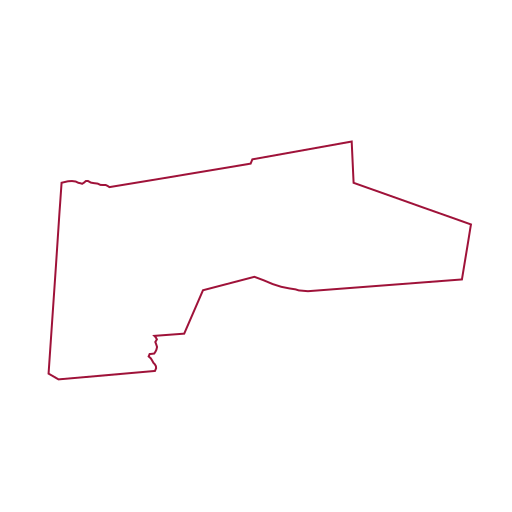 Alvorada do Gurguéia, Piauí, Brazil (orthographic projection), rotated 175°
{"feature_id": "56859067B91655037950210", "entity_name": "Alvorada do Gurguéia", "entity_type": "district", "adm_level": 2, "iso_a3": "BRA", "parent_name": "Brazil", "parent_adm1": "Piauí", "projection": "orthographic", "projection_center": [-43.876, -8.44], "detail": "fine", "context": "isolated", "style": "outline", "palette": "rose", "viewbox_px": 512, "rotation_deg": 175, "n_neighbors": 0, "source": "geoboundaries", "source_scale": "gbopen_adm2", "svg_char_len": 976}
<svg xmlns="http://www.w3.org/2000/svg" viewBox="0 0 512 512"><g transform="rotate(175 256 256)"><path d="M472.9,156.9L463.5,150.3L366.7,150.3L365.3,152.9L365.3,154.9L366.2,156.9L367.5,158.5L368.6,161.0L369.7,163.2L371.7,165.3L370.5,167.6L368.6,167.6L365.9,167.7L364.4,169.6L363.4,171.3L362.5,174.0L363.2,177.0L363.8,179.1L362.0,181.6L363.0,183.8L364.2,185.3L334.3,184.9L311.8,226.5L259.4,235.4L250.4,231.1L241.9,226.6L233.5,223.1L225.6,220.8L219.5,219.3L216.4,218.0L207.3,216.4L52.9,214.7L43.5,251.4L40.0,265.3L39.1,268.7L43.9,270.9L85.4,289.8L152.4,320.4L150.7,361.7L251.2,352.6L253.3,348.5L355.3,340.5L390.8,337.8L396.0,337.4L397.8,338.8L399.5,339.8L401.7,340.0L404.8,340.4L407.4,341.9L409.2,342.3L411.1,342.7L414.1,343.5L416.9,345.4L419.0,345.5L420.9,344.1L422.9,343.1L424.6,343.8L426.6,344.4L429.1,345.9L432.7,346.7L434.9,346.8L437.1,346.8L439.1,346.5L443.3,345.9L446.5,325.7L448.0,316.4L456.3,262.7L472.9,156.9Z" fill="none" stroke="#9f1239" stroke-width="2"/></g></svg>